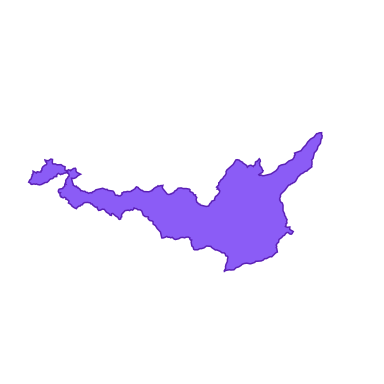 the district of Condesuyos, Arequipa, Peru, rotated 244°
{"feature_id": "86281439B62702709218494", "entity_name": "Condesuyos", "entity_type": "district", "adm_level": 2, "iso_a3": "PER", "parent_name": "Peru", "parent_adm1": "Arequipa", "projection": "robinson", "projection_center": [-72.507, -15.547], "detail": "fine", "context": "isolated", "style": "filled", "palette": "violet", "viewbox_px": 384, "rotation_deg": 244, "n_neighbors": 0, "source": "geoboundaries", "source_scale": "gbopen_adm2", "svg_char_len": 6010}
<svg xmlns="http://www.w3.org/2000/svg" viewBox="0 0 384 384"><g transform="rotate(244 192 192)"><path d="M189.8,329.6L187.8,325.5L187.6,321.7L186.2,317.9L184.3,315.0L183.2,311.7L181.3,308.1L182.0,301.2L180.2,301.0L179.7,299.8L178.5,299.2L177.1,296.6L177.4,292.6L176.2,288.1L177.2,284.0L177.1,281.3L175.4,279.4L174.3,276.8L173.6,270.9L175.1,263.9L175.8,262.3L176.7,262.0L177.2,260.1L177.8,259.7L178.3,259.6L178.9,264.1L180.1,265.3L180.5,264.9L183.5,265.2L186.0,264.5L187.5,265.2L188.5,265.2L189.6,266.9L191.1,267.3L192.4,267.0L190.9,264.0L191.3,263.4L191.1,262.2L188.8,260.6L188.5,258.8L188.0,258.3L190.3,256.7L190.7,254.8L190.0,252.6L191.8,252.8L195.7,250.5L196.6,250.5L198.6,248.9L200.0,248.4L201.3,246.7L201.6,245.5L198.7,241.1L196.5,233.0L195.4,231.5L193.8,231.0L192.4,229.1L191.7,227.1L190.6,225.6L190.1,223.1L188.6,220.8L188.6,220.1L186.6,219.1L185.6,216.2L184.3,217.0L183.6,215.9L182.7,217.3L182.0,217.0L180.8,217.5L179.3,216.2L178.0,213.4L177.6,211.1L175.9,209.3L174.8,208.8L175.1,205.5L174.1,204.6L173.8,203.2L172.1,200.7L172.8,198.4L176.7,193.7L177.6,193.8L178.6,192.6L180.1,192.4L180.7,191.8L183.7,192.5L185.0,193.9L186.7,193.3L187.9,193.9L188.6,192.5L191.1,192.4L193.0,190.6L193.9,190.4L194.7,191.2L195.7,190.9L197.6,188.4L199.0,185.5L200.4,184.1L201.5,181.2L200.5,178.9L200.5,177.1L199.4,175.1L199.6,173.9L199.3,172.9L199.7,172.5L199.5,171.7L200.0,169.9L201.0,168.8L208.0,167.2L209.2,167.3L210.7,168.7L211.0,167.4L211.4,167.1L211.8,164.5L212.5,164.2L211.9,162.3L212.2,161.8L211.8,159.0L211.2,158.2L211.4,157.3L210.8,156.8L211.1,153.3L213.5,148.9L215.4,147.9L215.8,147.1L218.6,145.7L219.5,145.7L221.0,144.4L220.7,143.1L220.0,142.6L219.5,138.6L219.7,138.3L219.3,137.5L219.7,136.0L221.0,133.9L220.9,133.1L222.0,130.6L221.7,129.7L221.9,128.6L220.4,127.9L220.0,125.7L220.8,124.1L221.7,123.8L222.6,121.7L226.0,121.8L227.5,121.4L230.3,117.2L231.7,116.8L231.9,115.7L234.5,113.4L236.1,106.6L235.5,104.6L235.7,102.5L235.1,101.6L236.0,100.3L236.2,98.3L237.4,97.9L238.2,96.6L239.7,96.0L240.0,94.9L241.8,93.2L242.0,92.5L243.4,92.6L245.4,91.7L245.7,91.2L246.2,91.4L246.6,90.8L248.1,90.5L248.0,89.5L250.4,88.2L251.1,88.7L252.0,88.6L257.2,89.7L256.0,91.6L255.8,93.9L256.7,96.7L256.8,99.7L259.9,97.3L260.9,96.9L262.4,97.1L263.3,97.7L264.5,97.6L265.1,95.8L264.6,93.1L264.9,92.6L264.4,92.2L266.1,90.9L266.0,89.3L266.9,87.5L268.0,87.6L270.3,89.0L271.9,87.4L274.0,86.3L275.6,82.7L277.3,81.3L277.7,80.1L278.5,79.2L279.6,79.3L282.4,80.9L283.5,79.6L283.1,76.8L283.9,75.2L285.2,73.9L284.3,73.7L283.8,74.3L283.0,73.8L282.4,74.3L281.1,73.9L280.4,73.2L280.6,71.3L279.9,68.7L278.5,67.0L277.6,66.8L277.0,65.8L277.1,65.4L276.3,65.0L276.5,64.0L278.1,61.7L277.3,60.5L280.4,58.3L278.8,57.6L277.5,56.4L277.5,55.7L276.5,55.5L275.7,54.3L274.4,53.4L274.0,51.6L272.4,49.5L270.6,50.8L269.6,50.7L269.0,51.4L268.6,53.4L267.5,54.8L267.4,55.8L266.6,56.3L265.2,58.1L264.7,60.4L265.0,61.4L264.6,62.5L265.1,63.4L264.2,66.0L264.9,68.4L265.5,69.3L265.7,70.7L265.2,72.2L265.4,73.7L266.0,74.4L266.0,75.9L265.4,76.3L265.2,77.2L266.3,77.6L267.2,79.0L267.3,80.1L265.2,81.6L265.4,82.5L264.8,83.6L265.0,85.3L264.3,87.2L264.9,88.0L264.4,89.1L263.3,88.5L262.1,89.2L260.3,88.6L259.9,87.1L259.1,86.3L258.4,84.4L257.4,83.3L256.1,82.9L255.5,81.9L254.6,82.0L254.9,81.7L254.7,81.1L252.9,79.9L252.6,78.1L251.8,77.4L252.8,73.9L252.2,72.8L250.9,72.0L249.5,72.1L249.0,73.4L248.4,72.6L247.5,72.2L246.2,71.8L245.4,72.5L244.9,72.1L243.2,73.6L243.1,75.2L241.8,76.0L240.7,75.5L240.1,76.5L237.8,77.5L236.3,76.1L234.7,77.2L232.7,78.0L231.9,77.9L229.3,79.4L227.7,80.8L228.5,82.1L228.9,84.2L228.4,85.5L229.0,86.5L228.6,88.0L229.4,89.0L229.6,90.8L228.4,93.6L226.8,95.8L225.6,95.9L224.8,97.1L223.7,97.1L220.8,98.5L219.8,100.2L218.8,99.7L216.4,100.0L215.8,101.7L215.9,103.9L214.8,105.6L211.5,106.2L208.8,107.9L207.1,108.2L206.3,109.3L207.8,110.2L207.4,111.4L203.8,112.9L201.7,114.3L199.9,114.3L199.2,114.7L199.0,116.0L200.4,117.0L200.5,118.0L201.5,118.2L202.8,119.1L204.6,123.7L203.6,126.8L202.6,127.8L202.9,129.4L201.7,130.7L202.4,132.5L203.0,132.6L203.0,133.0L202.0,133.7L201.3,134.9L199.9,135.4L198.6,137.7L196.9,138.5L192.5,138.0L190.4,139.2L188.9,141.7L188.4,141.8L187.4,140.9L186.3,141.0L184.6,141.8L183.9,143.0L182.6,144.0L180.2,143.0L177.8,144.4L174.4,144.7L169.9,146.1L164.0,144.7L163.4,145.7L163.1,147.7L163.1,149.9L161.8,150.6L161.2,152.0L160.2,152.7L159.9,154.4L157.6,155.3L156.6,156.2L155.8,159.6L156.0,162.0L155.2,163.9L154.0,165.3L154.0,166.8L153.2,168.8L151.7,170.0L151.0,169.4L149.5,169.6L149.0,170.6L147.2,169.2L143.5,168.2L141.9,168.9L139.8,168.4L139.0,168.9L137.5,172.0L137.7,174.1L136.9,175.8L136.5,178.4L137.1,181.3L134.8,185.2L133.8,185.2L129.7,187.5L129.0,188.9L126.3,191.3L124.3,192.2L123.1,194.3L122.0,194.7L119.8,194.4L118.6,195.8L117.4,195.6L115.9,194.3L114.1,193.4L111.9,190.7L110.1,189.3L108.6,188.8L107.0,186.4L106.5,186.3L106.7,187.6L106.4,189.2L105.6,191.8L104.9,192.6L103.7,195.6L104.7,198.5L104.2,201.0L104.5,203.9L105.0,205.2L104.9,207.4L104.0,210.1L102.0,212.7L101.7,213.6L101.2,217.6L101.8,218.7L99.7,224.0L99.6,226.3L100.3,228.0L99.5,229.7L99.7,233.6L98.8,235.3L100.6,240.5L100.6,242.4L104.4,243.5L105.0,243.3L106.1,244.4L107.4,244.4L108.7,246.4L108.8,247.7L111.2,249.4L111.8,252.8L112.6,254.3L112.6,256.2L113.6,257.9L114.0,259.4L113.4,260.8L111.7,261.3L110.6,262.5L110.7,263.6L112.1,265.7L115.5,263.4L117.7,264.6L118.4,262.3L120.0,260.8L121.1,262.1L122.3,262.6L122.5,263.8L124.1,264.1L125.7,265.4L126.8,265.0L128.7,265.3L130.3,265.0L131.9,265.6L135.3,265.6L140.2,268.0L142.6,268.3L143.6,267.5L146.5,267.3L146.7,267.8L147.7,267.9L149.2,269.6L150.5,270.1L151.4,271.5L152.8,276.1L155.8,281.7L155.5,283.6L155.9,284.4L155.7,286.0L156.0,286.6L155.8,287.8L156.2,289.7L159.4,294.2L159.7,296.1L160.4,297.1L160.4,300.6L160.9,302.2L160.5,304.8L161.1,305.9L162.1,310.8L163.4,311.1L164.0,311.8L166.8,313.2L168.3,313.5L169.1,315.5L173.6,319.1L174.7,322.0L175.8,323.6L177.8,325.1L179.4,328.7L182.9,331.1L183.4,332.3L185.6,333.7L186.7,333.5L188.5,334.5L189.4,332.3L189.4,330.5L189.8,329.6Z" fill="#8b5cf6" stroke="#5b21b6" stroke-width="1.5"/></g></svg>